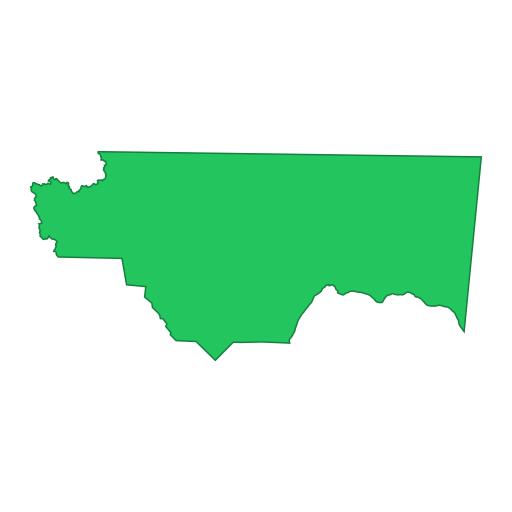 Cushamen, Chubut, Argentina (orthographic projection)
{"feature_id": "61730980B86195124517763", "entity_name": "Cushamen", "entity_type": "district", "adm_level": 2, "iso_a3": "ARG", "parent_name": "Argentina", "parent_adm1": "Chubut", "projection": "orthographic", "projection_center": [-71.733, -42.473], "detail": "fine", "context": "isolated", "style": "filled", "palette": "green", "viewbox_px": 512, "rotation_deg": 0, "n_neighbors": 0, "source": "geoboundaries", "source_scale": "gbopen_adm2", "svg_char_len": 5846}
<svg xmlns="http://www.w3.org/2000/svg" viewBox="0 0 512 512"><path d="M98.2,151.7L98.0,152.3L98.3,153.4L98.6,153.8L98.8,153.8L99.3,153.5L100.1,154.2L100.3,154.6L100.3,155.1L100.7,155.7L100.8,156.9L101.3,156.9L101.4,157.2L101.4,158.7L101.0,159.3L100.9,159.9L101.1,159.9L101.3,159.6L101.5,160.0L101.8,160.1L102.9,159.9L103.6,160.6L104.8,161.4L105.5,161.4L105.8,162.0L106.1,163.1L106.0,164.0L106.3,164.6L106.2,164.8L105.4,165.3L105.2,165.6L104.6,165.4L104.8,166.1L104.6,166.6L103.8,167.6L103.7,168.1L103.8,168.6L104.1,169.0L103.5,169.9L103.6,170.4L104.0,170.6L104.2,171.1L104.8,171.8L104.9,172.2L105.4,172.9L105.4,173.5L105.8,173.9L105.8,174.4L105.7,174.7L105.6,175.2L106.0,175.8L105.9,176.5L105.6,176.9L105.7,177.4L105.4,177.8L105.1,178.8L104.9,179.0L103.6,179.4L102.9,179.8L102.6,180.0L102.5,180.4L102.3,180.1L101.9,180.1L101.4,180.3L100.9,180.0L100.0,180.2L98.3,180.1L97.7,180.4L98.0,180.7L97.9,181.1L98.1,181.8L98.0,182.1L97.6,182.3L97.8,182.6L97.8,183.1L97.3,183.7L97.1,184.2L97.0,184.3L95.5,184.6L94.5,183.9L94.0,183.7L93.4,183.7L92.6,184.3L92.4,185.0L91.7,185.5L91.2,186.1L90.3,186.5L89.1,186.8L88.9,187.2L88.3,187.5L87.8,187.4L87.1,187.0L87.1,186.3L86.5,185.6L86.0,185.6L84.5,186.7L83.8,186.4L83.5,186.1L82.9,186.1L82.5,185.7L81.8,185.8L81.7,186.1L81.2,186.5L81.0,187.6L81.0,187.9L81.0,188.5L78.8,190.9L78.9,191.5L78.5,191.4L77.2,191.7L76.8,191.9L76.6,192.2L75.7,193.1L75.2,193.4L74.2,193.4L73.6,193.7L73.3,193.5L73.2,193.1L71.7,191.7L71.5,190.8L71.2,190.3L71.1,189.7L70.3,189.2L70.0,188.6L69.8,188.4L69.0,188.1L68.8,187.9L68.9,187.6L69.4,186.6L69.3,186.4L68.5,185.9L68.4,185.6L68.4,184.7L68.6,184.2L68.5,183.1L68.3,182.8L67.1,182.4L66.7,183.1L66.3,183.6L66.0,183.7L65.9,183.6L65.8,183.3L65.6,183.1L65.1,183.1L63.7,182.5L63.3,182.4L62.6,182.7L62.0,182.7L61.5,182.9L60.6,182.6L60.3,182.6L59.3,181.8L59.2,181.4L58.8,180.9L57.6,180.2L57.3,179.4L56.7,178.7L56.4,178.6L55.8,178.7L55.5,178.9L54.8,179.7L54.0,179.3L53.5,178.7L53.5,178.0L53.2,177.7L52.9,176.9L52.4,177.0L51.5,177.5L50.5,177.7L50.5,177.9L51.0,178.2L50.9,178.6L50.5,179.2L50.2,179.3L49.4,179.4L48.9,180.1L48.5,180.3L48.3,180.9L50.7,182.0L51.0,182.4L50.6,183.3L50.5,184.1L49.7,184.2L49.1,184.0L48.4,183.4L48.0,183.3L47.6,183.4L46.8,184.4L45.1,184.3L44.3,183.8L43.8,183.8L43.0,184.3L42.6,184.0L42.2,185.1L41.7,185.9L41.4,186.0L40.5,185.6L39.8,185.1L39.5,184.7L38.9,184.7L36.9,183.9L35.6,183.7L35.3,183.2L34.7,182.8L33.5,182.6L33.2,182.7L32.8,183.3L32.9,183.7L32.7,184.0L32.8,184.5L32.6,184.8L32.6,185.0L32.5,185.6L32.2,186.3L31.8,186.6L30.8,186.8L30.7,187.3L31.1,187.9L31.2,188.3L31.1,188.9L31.3,189.6L31.2,190.3L31.4,190.9L32.2,192.0L32.7,192.3L33.7,192.7L34.1,193.2L35.1,193.9L35.4,194.0L35.9,194.5L36.1,195.8L35.9,196.7L36.1,197.1L34.8,198.0L34.7,198.4L34.4,198.9L34.7,199.9L34.5,200.3L34.8,200.4L35.6,201.9L35.6,202.2L35.9,202.9L36.0,203.9L36.4,204.7L36.4,205.5L35.2,206.1L34.2,206.8L34.0,207.1L34.0,208.0L33.9,208.1L34.0,208.6L34.2,209.4L35.0,210.6L35.1,211.0L36.3,211.8L36.5,212.6L36.5,213.0L36.6,213.3L37.1,213.5L37.6,214.2L37.9,214.7L38.6,215.5L38.8,216.6L39.5,218.0L39.8,218.4L39.5,218.9L40.0,219.1L40.2,219.6L40.9,220.1L41.4,221.5L41.6,222.6L41.9,223.1L41.1,223.3L40.8,223.7L39.9,223.6L39.0,223.8L39.2,224.0L39.3,224.5L39.1,225.7L39.4,226.5L39.3,227.1L39.0,227.5L39.0,227.9L39.2,228.5L39.8,229.2L39.7,229.9L40.3,230.8L39.5,232.6L39.7,233.4L40.4,234.3L40.1,235.7L40.2,236.5L40.6,236.8L40.9,236.8L41.6,237.4L42.3,238.5L43.3,239.4L44.0,239.3L44.5,238.8L44.9,238.6L45.4,238.7L45.8,239.1L46.5,238.7L47.1,238.9L48.1,237.7L48.1,237.4L48.5,236.9L48.6,236.3L49.0,235.9L49.3,236.3L49.6,236.9L49.7,237.0L49.9,237.3L51.8,238.9L52.4,239.0L52.9,239.3L54.0,239.2L54.5,239.6L55.0,239.6L55.9,240.3L56.3,241.0L56.9,241.4L57.1,241.7L57.1,242.5L56.1,243.1L55.9,243.4L55.9,244.2L55.7,244.6L55.7,245.2L56.3,246.3L55.6,247.4L55.0,249.4L54.3,250.0L54.0,250.4L53.8,251.3L54.6,251.3L56.1,252.2L56.3,253.0L56.2,253.5L56.3,253.9L56.3,254.4L56.6,254.7L56.7,255.2L57.5,256.2L58.3,257.0L122.0,258.4L126.6,284.8L145.8,286.6L144.6,297.1L151.8,303.0L152.5,307.6L158.0,312.8L159.1,314.1L159.7,315.4L160.4,318.6L162.8,318.7L166.9,324.0L165.7,326.4L171.0,332.9L170.2,334.6L176.0,340.6L196.1,341.5L215.3,360.3L233.2,342.2L241.5,342.4L261.9,341.9L289.7,343.1L289.3,341.5L289.2,340.7L289.3,339.9L290.1,338.5L291.7,336.7L294.5,331.7L294.8,330.9L295.3,328.6L296.7,324.7L297.9,320.9L298.7,319.4L301.2,315.3L302.6,313.3L303.8,312.1L304.2,311.4L306.6,308.2L307.8,307.0L309.1,305.0L310.8,303.2L312.1,301.2L314.0,296.6L314.7,295.7L317.9,293.9L320.2,292.2L321.1,291.4L322.1,289.2L322.9,288.3L324.3,287.4L325.2,286.6L325.7,285.7L328.0,284.7L328.8,284.6L329.0,285.7L330.5,285.4L332.4,284.7L333.2,285.0L334.1,286.3L334.9,286.3L335.7,288.5L335.8,289.3L336.5,289.7L337.4,290.5L337.7,291.2L337.6,291.9L337.6,292.7L338.2,293.2L340.5,294.1L342.0,294.7L343.2,294.9L344.3,294.4L345.6,293.4L346.7,292.9L348.3,292.5L349.6,291.5L351.1,291.1L354.0,291.1L356.7,291.9L361.1,292.4L367.4,294.3L369.2,295.0L370.3,295.6L371.4,296.8L373.4,298.3L376.0,301.4L376.6,301.8L378.2,302.4L381.0,302.6L382.2,302.4L383.1,301.1L384.5,298.6L384.9,297.8L386.6,296.2L386.9,295.5L387.7,295.2L389.7,294.9L390.8,294.6L391.4,293.9L392.0,293.6L392.9,293.7L394.4,294.3L397.2,294.8L398.4,294.9L400.0,294.6L402.4,294.8L403.2,294.7L403.9,294.4L405.5,293.1L406.6,292.5L407.4,292.2L408.6,292.2L409.8,292.4L410.5,292.7L411.1,293.3L411.8,293.7L414.1,294.5L414.8,296.0L415.4,296.6L416.1,297.0L417.7,297.1L418.4,297.3L421.2,299.0L421.8,299.5L422.8,300.8L424.0,301.9L425.5,303.8L426.7,304.9L427.4,305.3L429.0,305.7L430.6,306.0L433.9,306.1L436.3,306.0L437.1,305.7L437.8,305.3L439.3,305.2L441.0,305.5L444.8,306.7L447.2,306.9L448.7,307.7L450.1,308.6L452.9,311.4L454.2,312.4L454.8,313.0L457.5,318.9L458.4,320.3L458.7,321.1L459.0,323.5L459.1,324.3L459.5,325.0L460.7,327.1L462.7,329.7L464.1,331.6L481.3,156.9L98.2,151.7Z" fill="#22c55e" stroke="#15803d" stroke-width="1.5"/></svg>